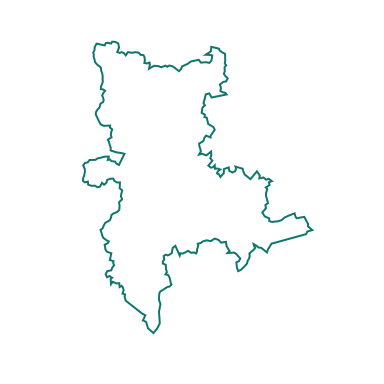 outline of Marau, Rio Grande do Sul, Brazil, rotated 282°
{"feature_id": "56859067B44475036687569", "entity_name": "Marau", "entity_type": "district", "adm_level": 2, "iso_a3": "BRA", "parent_name": "Brazil", "parent_adm1": "Rio Grande do Sul", "projection": "mercator", "projection_center": [-52.267, -28.487], "detail": "fine", "context": "isolated", "style": "outline", "palette": "teal", "viewbox_px": 384, "rotation_deg": 282, "n_neighbors": 0, "source": "geoboundaries", "source_scale": "gbopen_adm2", "svg_char_len": 4761}
<svg xmlns="http://www.w3.org/2000/svg" viewBox="0 0 384 384"><g transform="rotate(282 192 192)"><path d="M225.3,236.7L225.9,229.2L224.1,230.2L221.3,229.9L219.5,227.5L220.4,224.2L223.7,222.8L221.0,218.4L217.2,219.2L212.6,216.7L214.8,214.9L215.4,212.6L217.5,212.9L219.9,214.9L220.3,212.0L219.5,209.6L222.8,208.7L220.7,207.4L219.7,205.5L221.2,202.5L226.8,205.4L228.9,202.8L231.7,203.3L235.5,202.3L230.8,198.4L231.5,193.7L230.0,191.1L233.6,192.2L236.0,191.1L238.5,189.6L240.9,188.9L244.1,192.5L247.7,192.9L250.1,194.0L249.2,198.8L251.1,198.6L257.6,201.3L260.0,199.4L261.9,193.7L267.8,191.0L267.8,188.7L270.4,188.5L271.4,185.0L276.7,184.7L279.4,186.6L281.2,184.8L290.4,185.2L292.0,188.4L288.5,191.5L294.6,205.6L295.9,204.0L295.9,201.8L296.7,198.8L300.2,198.6L302.9,196.9L306.2,199.7L307.2,202.3L310.6,203.3L312.6,200.2L314.3,198.6L316.7,199.0L320.9,197.9L323.0,199.1L324.7,197.3L327.5,197.2L334.0,195.6L335.0,192.2L336.1,189.8L337.8,188.6L337.9,186.2L338.0,180.7L333.5,181.2L329.1,176.9L329.7,179.9L329.8,183.4L326.8,183.6L324.3,183.6L321.9,182.1L321.9,178.8L320.4,173.8L322.7,171.1L319.4,163.7L316.6,161.3L312.8,156.2L310.1,155.7L307.5,154.2L310.2,148.5L311.1,146.0L310.9,143.3L309.4,141.9L310.1,139.8L307.7,136.1L308.1,132.8L307.6,128.8L305.8,126.7L303.6,124.3L307.9,124.3L309.8,123.5L308.4,121.4L308.3,118.6L311.1,118.5L314.3,117.4L315.8,116.0L315.5,113.1L317.2,111.0L317.0,107.4L315.7,104.7L315.5,100.3L311.9,98.8L313.6,96.7L314.2,94.2L313.0,92.3L313.4,89.8L318.0,90.6L320.2,89.7L322.0,89.0L322.9,85.8L322.4,82.6L320.3,81.9L320.5,79.0L319.8,76.8L317.2,76.1L317.3,67.8L313.6,66.7L310.4,67.1L307.8,66.4L306.1,67.3L303.5,67.8L301.4,69.1L299.1,70.0L297.4,72.0L296.1,74.3L295.0,76.8L291.9,77.9L289.7,79.4L286.2,80.7L283.6,81.1L281.6,81.8L278.9,81.6L275.9,81.0L273.7,81.5L273.8,83.9L272.8,86.0L270.1,84.5L267.7,84.1L265.4,85.6L263.2,86.6L261.3,86.2L259.5,84.2L255.2,83.9L253.1,82.5L250.1,81.4L247.8,81.8L243.0,85.4L241.3,86.7L239.1,88.7L238.4,92.1L240.0,98.1L238.0,98.3L236.7,100.9L233.6,100.5L230.8,100.8L228.7,101.9L227.2,100.2L225.6,98.8L223.9,100.3L221.2,101.6L218.6,103.2L215.7,103.8L215.1,109.8L215.4,114.6L215.3,118.0L203.2,114.9L204.1,112.0L205.7,110.5L205.5,106.7L206.8,104.8L205.9,103.0L209.3,103.2L208.6,99.7L207.1,96.7L205.1,92.4L203.4,91.0L202.0,85.1L199.2,83.8L198.3,81.5L195.5,80.0L192.6,82.1L190.1,83.0L186.0,83.1L182.9,82.7L180.4,82.9L179.1,85.0L180.5,88.0L177.7,88.8L177.1,92.4L178.0,95.6L177.0,98.6L178.1,100.9L182.3,102.1L180.8,104.5L183.1,106.3L186.1,106.5L187.9,109.0L188.7,112.2L186.7,113.8L185.7,116.6L186.4,119.5L180.6,120.5L179.1,123.4L175.9,123.3L173.1,123.3L170.3,125.2L166.9,122.8L163.4,124.0L159.4,124.6L156.8,122.9L154.7,119.7L152.8,118.0L150.3,118.1L147.3,117.5L145.7,115.7L143.8,113.6L141.6,112.8L139.7,112.5L137.6,112.0L136.0,110.4L130.8,113.3L129.0,114.4L128.0,116.2L127.0,118.4L126.4,120.9L124.3,120.2L122.3,117.5L120.0,118.5L117.5,119.4L115.8,121.6L115.3,125.8L108.4,125.8L108.0,129.6L106.1,129.7L104.2,131.0L101.7,129.8L98.6,129.3L97.0,125.6L93.4,124.7L90.9,126.7L92.7,128.8L91.5,131.7L89.9,130.5L85.0,132.0L87.7,133.1L86.9,137.2L87.7,139.8L84.0,141.0L85.6,142.7L84.1,144.4L82.0,145.5L78.1,145.2L77.9,147.8L75.5,147.9L71.9,149.8L62.7,168.5L61.7,172.0L56.2,170.7L55.4,174.1L49.5,177.3L46.0,183.6L51.3,186.3L56.8,187.8L63.6,185.9L68.0,184.6L75.9,184.4L79.9,182.0L86.1,181.1L88.1,181.7L90.5,184.2L93.8,187.5L95.0,189.9L97.2,191.2L99.0,189.9L101.6,188.9L103.5,187.9L105.8,186.0L105.9,183.2L108.4,184.1L111.2,182.6L115.3,181.5L116.0,178.4L117.9,177.9L120.4,178.9L123.4,177.6L125.3,179.3L124.9,181.5L126.4,183.5L128.4,185.0L131.5,184.7L133.5,184.9L135.9,186.9L127.3,193.2L129.6,193.3L129.8,195.6L131.9,198.5L133.7,200.4L132.3,203.7L133.3,206.6L132.7,208.7L134.7,209.3L136.6,208.9L138.8,209.1L140.7,209.3L142.6,208.4L143.8,211.0L145.9,212.8L147.8,216.4L147.8,220.5L151.2,224.0L150.6,228.0L148.5,231.0L150.3,235.5L146.1,237.2L142.1,241.0L139.7,239.5L140.9,243.8L141.5,245.8L140.6,248.2L138.4,251.1L136.9,253.1L134.2,252.3L132.4,250.0L127.3,251.7L124.2,253.6L126.1,256.2L128.2,257.5L130.8,259.2L133.5,260.7L136.0,260.7L138.7,261.6L141.4,261.8L143.8,260.9L145.9,262.4L147.8,264.0L150.4,265.5L151.9,264.1L153.9,263.1L152.9,266.1L151.5,268.7L151.8,271.2L148.5,277.9L151.9,278.3L155.4,279.6L158.0,280.5L174.5,312.4L177.3,313.0L179.8,317.6L182.4,312.7L185.0,312.1L191.0,307.0L188.1,299.8L189.5,298.3L192.4,296.8L189.5,292.2L186.4,288.0L182.9,285.2L180.9,281.5L180.4,279.2L179.4,277.1L179.5,273.7L182.3,272.9L183.3,268.1L186.7,265.0L189.4,266.6L191.5,267.7L194.5,266.5L197.0,268.6L204.1,265.0L206.5,264.7L210.5,265.0L211.8,263.2L214.9,266.4L217.5,265.2L219.2,267.9L220.9,264.3L219.4,261.8L221.1,259.0L219.3,255.0L222.3,254.8L225.7,251.2L216.7,246.5L220.1,239.9L222.5,238.1L225.3,236.7Z" fill="none" stroke="#0f766e" stroke-width="2"/></g></svg>